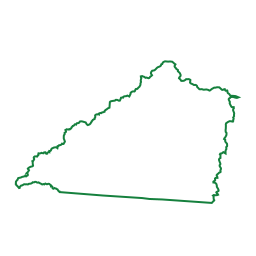 Governador Jorge Teixeira, Rondônia, Brazil (orthographic projection), rotated 184°
{"feature_id": "56859067B13052829322579", "entity_name": "Governador Jorge Teixeira", "entity_type": "district", "adm_level": 2, "iso_a3": "BRA", "parent_name": "Brazil", "parent_adm1": "Rondônia", "projection": "orthographic", "projection_center": [-63.145, -10.822], "detail": "fine", "context": "isolated", "style": "outline", "palette": "green", "viewbox_px": 256, "rotation_deg": 184, "n_neighbors": 0, "source": "geoboundaries", "source_scale": "gbopen_adm2", "svg_char_len": 5766}
<svg xmlns="http://www.w3.org/2000/svg" viewBox="0 0 256 256"><g transform="rotate(184 128 128)"><path d="M19.9,166.3L20.8,166.6L22.8,167.3L25.5,167.4L27.7,167.3L28.5,167.7L29.0,168.5L29.6,169.1L30.7,169.7L31.1,170.2L31.3,171.0L31.4,171.9L31.8,172.4L32.6,172.1L33.2,172.0L33.7,172.4L34.2,173.5L35.2,173.2L35.7,172.8L36.4,172.6L37.0,172.7L39.7,174.9L41.7,174.9L42.6,174.7L43.7,174.3L44.8,174.3L47.1,172.8L48.8,171.2L49.4,171.0L50.6,171.6L52.3,171.9L53.3,171.8L54.9,171.5L55.5,171.5L57.0,171.9L58.0,171.8L58.8,171.6L59.5,171.7L60.2,172.3L60.9,173.0L61.7,173.5L62.2,174.9L62.9,175.4L63.5,175.7L65.2,175.5L65.8,175.8L66.8,176.3L68.3,176.8L68.9,177.2L69.3,177.7L69.1,179.6L69.2,180.4L70.4,180.9L71.2,181.0L72.1,180.8L72.7,180.8L73.4,180.8L74.1,180.0L75.6,179.0L77.7,178.7L78.4,178.9L78.7,179.5L79.3,180.2L80.6,181.2L80.4,182.0L79.7,182.8L79.2,183.7L79.2,184.6L79.9,186.0L80.5,186.8L82.2,188.1L82.2,189.3L82.9,189.8L83.5,190.0L84.1,190.5L84.4,191.1L85.1,191.6L85.7,192.4L85.9,193.0L85.1,194.8L86.6,195.7L87.0,196.1L88.5,197.2L90.7,197.3L92.6,197.0L95.7,197.1L96.5,196.7L97.4,196.2L98.0,195.3L98.3,194.2L99.2,193.9L99.5,192.8L99.9,192.1L100.8,191.5L102.7,190.6L103.5,189.8L104.8,188.2L105.7,187.4L106.4,187.2L107.9,186.8L108.7,185.6L109.0,184.4L108.8,183.7L107.7,182.3L108.4,181.5L109.4,180.7L109.9,179.9L110.3,179.4L111.0,179.1L112.7,179.5L113.4,179.6L114.1,179.3L115.5,180.2L116.9,180.5L117.5,180.8L118.8,180.4L118.6,179.3L118.2,178.6L118.5,177.3L118.6,175.8L118.3,175.3L118.3,174.5L118.7,173.3L118.6,172.0L118.8,171.4L119.5,169.9L120.4,169.1L121.4,167.7L122.8,167.5L123.3,166.9L123.5,165.7L124.1,164.9L125.5,164.9L126.5,164.5L127.4,163.8L127.9,163.1L127.8,162.3L128.9,159.5L130.9,160.3L132.1,159.6L133.0,159.5L134.0,159.3L134.9,158.7L135.0,158.0L135.9,158.0L137.1,157.7L137.3,156.8L137.8,155.3L138.1,154.7L139.0,154.6L140.4,155.2L141.2,155.3L142.2,155.2L143.0,154.4L145.8,153.8L147.3,153.3L147.9,152.6L147.9,147.0L149.6,146.1L150.9,144.8L151.5,144.6L152.5,143.4L152.5,142.6L153.8,142.0L154.9,141.8L155.3,141.3L155.9,140.9L156.5,141.1L157.5,140.7L158.1,140.3L158.0,139.6L158.5,139.8L159.1,139.4L159.8,139.5L160.6,139.3L161.5,138.6L161.7,138.0L161.4,136.9L161.5,136.1L162.0,135.5L161.9,134.7L163.7,133.6L164.2,132.6L164.7,132.2L164.8,131.5L165.4,130.8L165.6,130.0L166.5,129.0L167.0,128.7L168.3,128.1L169.4,128.8L170.6,130.6L173.8,131.3L175.0,131.4L175.8,131.3L176.6,131.0L176.9,130.2L177.6,129.5L179.3,129.2L179.8,128.5L180.0,127.8L180.7,128.0L181.4,127.9L181.9,127.0L182.5,126.4L183.3,126.2L183.6,125.5L184.4,124.7L184.6,123.7L185.4,123.1L186.0,122.5L186.6,122.8L187.2,122.3L188.1,122.3L189.0,122.5L190.3,121.6L189.8,120.8L189.6,119.9L190.2,119.2L190.9,118.8L190.8,117.2L191.3,116.5L191.5,115.8L191.4,113.6L191.3,112.9L190.5,111.3L190.0,110.0L191.2,107.6L192.0,107.5L192.7,107.8L193.2,107.0L193.9,106.4L194.8,106.1L195.6,106.0L196.1,105.2L197.0,105.0L197.3,104.3L196.9,103.6L197.0,103.0L197.6,103.4L198.3,103.7L199.1,103.7L199.9,103.5L200.9,103.2L201.6,102.7L202.2,102.5L203.1,101.4L203.2,100.6L203.7,99.8L204.3,99.6L204.9,99.6L204.8,98.4L205.4,98.6L206.2,98.0L206.7,97.5L206.8,96.8L207.7,96.6L208.4,97.3L208.7,98.0L210.0,97.8L210.5,96.9L211.9,97.0L212.6,97.2L213.2,96.8L214.3,96.4L215.5,96.5L215.7,95.5L215.6,94.5L216.3,94.1L216.6,93.2L218.9,93.2L219.7,92.6L220.0,91.7L219.4,90.5L219.6,89.8L220.0,89.2L220.3,88.5L221.1,88.2L220.7,87.2L220.5,85.4L220.1,84.0L220.3,83.4L221.2,82.9L222.1,82.7L222.9,82.3L224.5,81.2L225.1,80.4L224.5,79.6L223.8,79.0L224.6,77.4L226.0,75.8L225.0,75.3L224.6,74.2L224.9,73.6L225.7,73.2L226.3,72.6L226.9,72.8L227.2,73.3L227.6,72.6L228.3,72.5L228.9,72.2L230.1,71.9L231.5,71.1L234.0,70.4L234.3,69.7L234.5,68.7L235.1,68.2L235.6,67.3L236.0,66.8L236.1,66.0L235.9,65.2L236.1,64.3L235.6,63.8L235.4,63.2L234.2,62.3L232.5,60.5L231.9,60.7L231.9,61.7L231.3,62.2L230.9,62.9L230.4,63.2L229.5,63.4L227.8,64.6L227.1,64.7L226.4,64.6L225.5,64.8L224.5,64.7L223.7,64.8L223.3,65.3L220.9,65.8L219.8,66.5L219.3,67.2L218.0,67.2L217.0,67.8L216.0,67.8L215.1,67.3L214.0,67.2L213.4,67.5L211.7,66.6L210.3,66.1L209.7,65.7L208.2,66.2L207.6,65.9L206.6,66.8L204.9,66.2L204.1,66.6L203.5,66.8L202.6,66.7L201.9,66.1L201.0,65.6L200.8,64.5L200.2,64.8L199.3,64.0L199.3,63.2L198.9,62.5L198.2,62.2L197.1,63.0L196.3,62.6L195.6,62.6L194.8,62.1L194.0,61.8L193.5,61.0L192.7,60.0L191.8,59.9L191.6,59.3L148.0,58.9L108.9,59.1L101.7,58.7L88.9,59.1L39.2,59.1L37.8,60.9L37.2,61.4L36.9,62.0L37.4,62.6L37.8,64.4L37.7,65.3L38.0,66.1L38.5,66.5L37.8,67.1L37.1,67.1L36.1,67.0L35.4,67.1L34.3,67.3L33.5,67.7L34.1,68.6L34.9,69.1L35.4,70.0L34.9,70.5L33.4,71.4L33.3,72.2L33.7,73.2L34.1,73.9L34.8,74.8L35.3,75.6L35.4,76.8L35.9,78.2L36.5,78.9L37.8,79.6L39.0,79.6L39.1,80.4L38.5,81.0L37.9,81.3L37.4,82.1L37.7,83.7L37.0,84.4L35.3,84.5L35.4,85.3L36.0,86.4L36.3,87.1L35.8,87.9L34.7,88.9L34.1,89.7L33.4,90.1L32.7,90.4L32.6,91.3L32.9,92.2L32.4,93.6L32.5,94.4L33.0,95.0L33.9,96.4L34.0,97.3L33.4,98.1L33.4,99.0L34.2,100.6L35.0,102.5L35.0,103.2L34.5,104.0L33.7,104.5L33.9,107.5L34.5,108.1L34.1,108.9L32.8,109.2L32.2,109.6L31.6,110.3L30.9,110.6L30.3,110.1L28.9,109.4L29.1,111.9L29.0,112.6L28.4,113.8L28.5,114.5L28.7,115.8L27.9,116.7L27.9,117.9L28.2,119.3L29.7,120.8L30.1,121.6L30.2,123.0L31.4,123.7L31.0,124.7L30.5,125.2L29.7,126.9L29.4,127.6L29.3,129.0L29.5,130.2L30.2,130.8L30.4,131.7L30.5,133.0L30.4,134.1L30.5,137.0L30.7,138.5L30.5,139.5L28.7,141.0L27.1,141.9L25.3,141.9L24.7,141.7L23.8,141.7L23.5,142.4L23.7,143.2L23.3,144.3L23.3,145.0L23.8,145.7L23.4,146.5L23.0,147.3L23.2,148.2L23.1,150.1L23.4,150.9L23.8,151.7L24.4,153.0L24.4,154.1L23.8,155.0L24.0,156.2L24.9,156.1L25.9,156.1L26.4,156.5L27.3,157.9L28.3,159.7L28.2,161.1L29.5,163.3L29.5,164.0L29.1,164.6L28.4,165.0L28.0,165.7L27.2,166.1L25.9,166.3L24.2,166.1L23.7,165.9L21.8,165.6L21.2,165.7L19.9,166.3Z" fill="none" stroke="#15803d" stroke-width="2"/></g></svg>